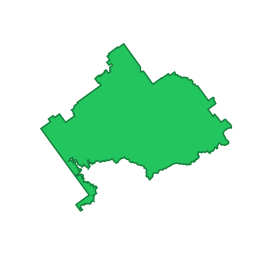 outline of Dardanup, Western Australia, Australia, rotated 144°
{"feature_id": "25037944B56639802047851", "entity_name": "Dardanup", "entity_type": "district", "adm_level": 2, "iso_a3": "AUS", "parent_name": "Australia", "parent_adm1": "Western Australia", "projection": "mercator", "projection_center": [115.891, -33.416], "detail": "fine", "context": "isolated", "style": "filled", "palette": "green", "viewbox_px": 256, "rotation_deg": 144, "n_neighbors": 0, "source": "geoboundaries", "source_scale": "gbopen_adm2", "svg_char_len": 5791}
<svg xmlns="http://www.w3.org/2000/svg" viewBox="0 0 256 256"><g transform="rotate(144 128 128)"><path d="M46.9,121.0L47.5,121.2L48.0,121.7L48.5,122.7L48.1,124.1L49.2,124.7L49.6,125.8L49.4,126.6L48.3,127.2L48.4,128.1L48.3,129.2L48.7,130.2L49.4,130.1L50.8,131.4L50.4,133.0L50.5,133.9L53.4,136.5L54.5,136.5L54.9,136.7L54.8,137.5L55.5,139.2L56.6,140.2L56.9,140.7L56.7,142.1L57.6,142.8L58.6,143.2L58.6,143.5L57.5,144.9L57.4,145.9L63.5,145.9L63.5,148.2L71.7,148.3L71.7,148.8L82.2,148.8L82.1,164.9L84.8,165.9L82.1,170.2L82.0,198.6L88.9,198.6L88.9,199.6L100.0,199.5L100.0,198.3L102.7,198.3L102.7,193.7L106.4,193.7L106.4,190.0L103.6,189.9L103.6,187.8L107.1,187.8L108.0,186.0L107.8,185.5L108.9,185.5L108.9,183.9L111.6,183.9L111.6,187.8L113.7,187.8L113.7,186.8L118.7,186.8L118.7,186.1L120.3,186.1L120.3,187.7L123.6,187.7L123.6,187.3L125.7,187.3L125.6,181.6L124.7,181.6L124.7,178.5L154.0,178.5L154.0,177.5L158.3,177.5L160.5,175.7L162.1,175.6L163.0,176.0L163.0,171.6L163.9,171.6L163.9,169.2L175.2,169.2L175.2,179.6L181.3,179.6L181.3,182.0L187.1,182.0L187.2,178.6L198.8,178.7L198.9,125.5L198.8,96.6L215.2,96.5L215.2,89.1L214.7,89.2L213.8,88.4L212.9,88.7L212.8,88.9L213.2,90.1L213.6,90.9L212.9,91.1L212.8,91.9L212.3,92.6L211.4,92.9L210.5,92.6L210.0,92.8L209.5,92.5L208.9,92.6L208.6,91.8L208.7,91.5L207.0,92.0L207.2,91.5L206.9,91.2L204.8,90.5L203.7,89.1L203.3,88.8L202.2,89.1L202.0,89.4L201.7,89.4L201.6,89.8L200.4,89.9L199.5,89.6L198.8,88.9L198.8,89.4L198.6,89.9L198.1,89.9L197.5,90.4L197.0,91.2L196.8,91.8L195.3,92.9L195.4,93.4L195.7,93.9L194.8,93.6L194.5,93.8L193.8,93.6L192.6,93.7L191.9,93.5L191.9,94.9L191.4,95.7L191.4,96.5L189.9,97.6L188.3,97.7L188.1,98.0L188.0,98.4L188.3,98.9L188.2,99.6L188.6,100.2L190.4,100.1L189.8,101.0L190.4,101.2L190.3,101.6L189.5,102.9L190.3,103.3L191.7,103.4L191.8,103.6L191.4,103.9L191.1,104.7L191.8,106.0L191.5,106.7L191.6,107.3L192.4,108.3L193.3,107.6L193.4,108.3L194.0,109.7L194.4,110.0L195.3,109.9L195.8,110.4L194.8,111.4L194.7,112.1L194.1,112.6L193.6,112.8L193.2,113.3L193.4,113.7L195.0,114.1L195.1,114.3L194.1,114.9L194.0,116.0L193.2,115.2L192.7,115.2L192.1,116.3L192.1,116.8L193.1,118.1L196.9,118.9L197.4,119.2L197.5,119.8L197.2,120.6L196.3,120.0L195.3,119.7L193.7,120.3L193.1,120.2L192.8,120.6L193.1,121.2L192.8,121.6L192.2,121.7L191.8,121.1L190.9,121.0L190.7,121.2L190.7,121.5L190.1,122.0L190.2,122.5L190.5,122.8L191.9,123.7L192.4,123.5L191.8,124.3L191.7,125.3L191.9,125.7L192.4,125.8L192.6,126.1L192.2,126.1L191.8,126.5L191.6,128.0L192.1,128.7L191.7,129.1L191.7,129.8L191.2,130.2L191.1,130.9L190.5,130.9L190.3,131.3L191.2,132.3L192.4,131.7L193.5,131.5L191.9,132.8L191.7,133.1L191.8,133.3L192.4,133.4L192.9,134.3L192.9,134.8L193.5,135.3L194.6,135.5L195.6,136.1L196.5,135.9L195.9,136.2L193.9,136.2L193.5,136.4L193.3,136.9L192.1,137.0L191.8,136.7L191.2,136.5L190.3,136.9L190.2,136.7L190.3,136.3L191.5,135.1L191.3,134.5L190.3,134.0L190.0,133.2L189.1,132.9L188.7,132.3L188.7,130.9L189.0,129.9L189.4,129.3L189.7,128.2L189.3,127.1L189.4,126.6L188.1,125.0L188.4,123.9L188.2,123.5L186.3,123.5L185.2,124.4L185.1,122.8L184.7,122.2L184.5,120.7L183.6,120.1L183.6,119.7L184.0,119.2L184.2,118.3L182.8,118.9L181.3,119.2L181.2,120.7L181.4,121.1L181.2,122.0L180.5,122.2L180.3,122.5L180.3,123.0L180.7,123.6L180.0,124.6L179.7,125.5L179.4,125.1L178.9,125.2L179.3,124.7L179.5,123.8L179.4,123.0L178.8,122.5L179.3,121.3L178.2,121.3L177.8,120.7L177.4,120.5L178.1,119.7L176.3,119.7L175.5,119.2L174.2,120.1L173.8,120.2L173.2,119.6L172.5,119.8L171.2,118.6L171.0,117.3L170.0,116.7L169.8,116.3L168.7,116.5L168.3,116.2L167.7,116.2L167.4,115.7L166.2,114.5L164.3,114.8L163.8,114.3L163.7,113.6L163.2,113.3L160.1,112.4L159.5,112.6L158.9,112.5L158.5,111.6L158.8,110.5L158.7,108.7L158.4,107.0L157.8,106.3L156.4,106.7L156.1,106.7L156.0,106.3L154.4,107.2L152.9,107.1L151.7,107.5L151.3,107.5L150.1,106.5L149.0,106.7L148.2,106.7L148.1,105.6L147.6,104.0L147.0,103.1L146.0,102.4L145.9,101.9L146.4,100.1L146.0,98.8L145.4,98.0L144.5,97.7L144.2,97.4L143.6,96.3L142.2,95.1L141.8,94.1L141.9,92.9L140.1,90.9L139.7,90.2L137.8,88.3L137.5,87.6L137.7,87.1L138.5,86.2L138.4,85.9L137.9,85.8L137.6,85.1L137.5,83.9L137.6,83.0L138.1,82.5L139.0,81.9L139.6,81.0L139.9,79.5L141.2,78.9L141.6,78.0L141.6,77.5L140.6,77.1L140.3,76.7L141.0,74.4L141.0,73.5L140.7,73.3L139.2,73.8L138.1,73.7L137.4,74.1L136.5,74.3L134.9,76.0L134.4,76.2L133.3,76.3L132.7,76.1L131.8,75.2L131.6,74.7L130.6,74.1L130.0,74.1L129.3,74.5L128.9,74.5L128.2,75.6L127.6,75.7L126.1,75.1L124.6,73.6L123.0,74.2L122.3,74.0L122.1,73.4L121.3,73.0L118.5,73.1L117.1,72.6L116.2,72.7L114.5,72.4L112.5,72.6L111.7,71.8L110.9,71.8L110.2,71.5L109.4,71.1L108.2,69.9L107.1,68.3L106.1,67.9L105.4,67.4L104.3,65.8L103.7,65.8L102.7,65.3L102.7,64.2L101.9,63.9L101.0,62.9L100.5,63.0L99.9,62.7L99.5,62.0L98.9,62.5L98.4,62.0L98.1,62.7L97.1,62.8L96.6,63.4L95.9,62.9L95.1,62.8L95.2,62.3L94.7,61.8L93.8,61.7L93.4,62.3L92.7,62.0L92.3,62.5L91.7,62.9L91.4,62.4L90.9,62.4L90.5,62.2L90.3,62.6L88.8,62.2L87.2,63.2L87.7,64.1L87.3,64.3L87.3,65.2L86.5,65.6L86.0,66.6L85.7,66.8L85.4,66.4L84.4,66.9L83.0,64.9L80.7,64.3L79.8,62.8L77.3,62.9L77.1,62.5L77.3,61.4L77.1,60.6L76.7,59.6L76.2,59.3L75.8,59.5L75.5,60.1L74.4,60.5L73.8,60.3L73.2,59.5L72.1,59.5L70.7,60.1L69.7,60.9L69.1,61.1L68.3,60.7L68.5,59.6L68.3,59.1L67.6,59.0L67.1,59.2L66.9,59.5L66.9,60.6L66.6,61.0L65.5,61.2L64.1,62.0L63.2,62.1L62.6,61.9L62.5,61.7L62.6,60.1L62.4,59.5L60.6,58.3L60.2,57.6L59.5,56.9L55.9,56.4L55.1,56.9L54.7,57.7L54.7,58.6L55.4,61.0L55.0,62.3L54.6,66.6L54.2,67.4L53.4,68.2L52.3,68.9L51.3,69.1L49.6,69.0L47.7,69.1L46.0,68.5L44.3,67.3L43.4,68.7L43.0,70.5L44.0,75.9L44.0,77.4L44.7,78.1L49.4,78.1L49.4,84.0L49.7,84.0L49.7,87.6L49.9,88.3L52.3,87.3L52.3,96.1L42.7,96.1L42.7,97.2L42.2,97.9L42.3,98.8L41.8,100.7L40.9,101.5L40.8,102.0L41.3,102.8L46.9,102.8L46.9,121.0Z" fill="#22c55e" stroke="#15803d" stroke-width="1.5"/></g></svg>